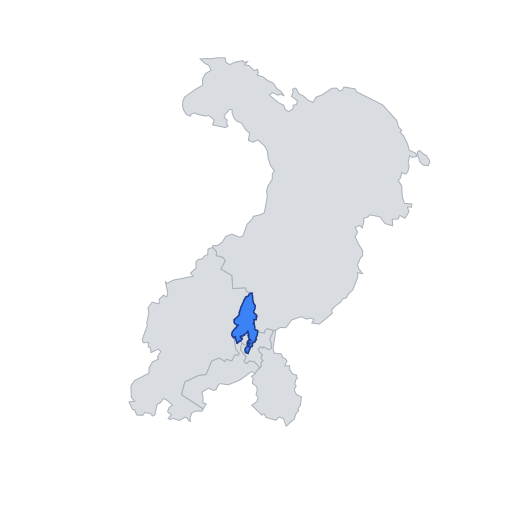 Kyrgyzstan highlighted among its neighbors, rotated 292°
{"feature_id": "KGZ", "entity_name": "Kyrgyzstan", "entity_type": "country or territory", "adm_level": 0, "iso_a3": "KGZ", "parent_name": "Asia", "parent_adm1": "", "projection": "orthographic", "projection_center": [73.132, 41.224], "detail": "fine", "context": "with_neighbors", "style": "filled", "palette": "blue", "viewbox_px": 512, "rotation_deg": 292, "n_neighbors": 5, "source": "natural_earth", "source_scale": "50m", "svg_char_len": 10323}
<svg xmlns="http://www.w3.org/2000/svg" viewBox="0 0 512 512"><g transform="rotate(292 256 256)"><path d="M247.7,212.7L245.2,217.8L241.5,219.0L242.4,225.9L240.3,229.4L230.8,228.4L228.9,241.1L217.1,246.6L222.7,258.3L219.4,260.4L220.1,264.3L216.9,263.6L214.1,261.3L198.0,261.2L196.2,262.0L188.9,259.2L186.0,260.7L185.2,264.8L176.8,262.3L173.4,263.3L172.1,266.3L162.0,272.1L159.5,277.0L157.5,276.9L156.3,273.5L149.6,272.9L149.0,267.1L146.5,266.8L147.5,259.9L141.9,254.3L127.3,254.2L123.5,247.3L112.5,237.2L99.5,239.0L94.5,264.3L91.9,264.1L89.5,258.0L86.6,255.3L80.7,255.5L78.0,257.2L78.2,255.5L80.0,252.9L79.7,250.3L74.8,246.6L74.3,240.0L72.2,237.6L72.6,235.3L77.0,237.2L78.5,232.3L82.7,232.2L86.4,234.2L88.9,227.8L89.2,223.4L84.6,222.6L81.3,220.0L70.8,221.8L68.9,220.0L70.4,216.7L69.1,211.5L65.9,210.7L63.9,205.0L68.1,200.8L67.3,199.1L73.1,192.9L76.0,198.0L78.1,193.4L88.8,188.6L95.2,190.1L107.2,200.6L112.4,198.7L119.1,199.7L123.9,204.2L125.6,202.4L131.6,203.5L133.2,200.4L127.1,194.8L131.7,192.1L131.2,190.1L135.5,188.9L133.3,183.9L135.6,181.8L151.0,181.2L153.2,179.7L163.4,177.9L167.2,175.3L174.3,177.0L175.4,184.1L179.7,182.5L184.9,184.8L184.6,188.6L188.6,188.1L198.6,181.4L197.2,183.6L202.8,188.6L213.8,205.4L215.7,201.6L222.2,205.0L228.2,202.5L230.8,203.5L233.4,207.2L236.7,208.1L239.1,210.7L244.6,208.9L247.7,212.7Z" fill="#d9dde1" stroke="#a8b0b8" stroke-width="1"/><path d="M94.5,264.3L99.5,239.0L112.5,237.2L123.5,247.3L127.3,254.2L141.9,254.3L147.5,259.9L146.5,266.8L149.0,267.1L149.6,272.9L156.3,273.5L157.5,276.9L159.5,277.0L162.0,272.1L172.1,266.3L173.6,267.0L169.2,271.4L173.0,274.2L176.7,272.5L182.9,276.2L176.1,281.2L169.8,280.6L169.1,278.6L170.3,275.4L163.2,276.8L158.6,284.9L154.1,284.3L152.5,287.3L156.4,289.2L157.3,294.5L153.8,301.3L146.7,299.3L147.1,295.1L134.8,287.5L126.1,278.4L124.4,270.9L122.8,269.4L117.2,268.9L115.5,267.2L115.8,261.6L109.6,256.9L104.7,260.1L100.0,261.7L100.2,265.3L94.5,264.3Z" fill="#d9dde1" stroke="#a8b0b8" stroke-width="1"/><path d="M146.7,299.3L149.7,299.6L155.5,302.3L159.6,300.3L161.4,301.7L163.3,298.6L166.6,298.9L168.2,295.1L170.6,292.7L173.6,294.4L172.9,296.5L174.6,296.9L174.0,302.7L176.1,305.0L180.6,302.9L184.1,299.8L193.6,300.2L194.7,302.2L176.1,306.6L172.8,309.6L174.7,316.1L171.8,318.9L171.9,321.6L170.3,324.1L164.8,323.7L166.9,328.3L163.2,329.9L160.5,334.0L160.7,338.2L158.3,340.0L156.2,339.3L151.6,339.9L150.8,341.8L146.4,341.5L142.9,345.1L142.3,350.9L134.3,353.1L130.1,352.1L128.8,353.5L125.3,352.2L119.2,352.5L109.5,347.7L115.5,342.3L115.5,337.8L111.2,336.0L110.0,325.9L112.9,322.5L110.6,321.1L116.1,308.0L121.5,311.4L125.8,311.0L127.3,308.0L131.8,307.5L135.1,305.7L136.7,300.2L141.5,299.3L142.6,296.9L146.7,299.3Z" fill="#d9dde1" stroke="#a8b0b8" stroke-width="1"/><path d="M153.8,301.3L157.3,294.5L156.4,289.2L152.5,287.3L154.1,284.3L158.6,284.9L163.2,276.8L170.3,275.4L169.1,278.6L169.8,280.6L172.0,280.5L170.0,282.6L164.2,281.2L163.6,285.2L169.4,284.9L176.1,287.3L186.3,286.3L187.7,292.7L189.5,292.0L192.9,293.5L193.6,300.2L184.1,299.8L180.6,302.9L176.1,305.0L174.0,302.7L174.6,296.9L172.9,296.5L173.6,294.4L170.6,292.7L168.2,295.1L166.6,298.9L163.3,298.6L161.4,301.7L159.6,300.3L155.5,302.3L153.8,301.3Z" fill="#d9dde1" stroke="#a8b0b8" stroke-width="1"/><path d="M409.0,381.7L404.2,381.9L402.9,376.7L404.9,372.6L410.3,368.0L413.4,366.7L415.1,368.4L413.4,372.3L413.0,376.5L409.0,381.7ZM220.1,264.3L219.4,260.4L222.7,258.3L217.1,246.6L228.9,241.1L230.8,228.4L240.3,229.4L242.4,225.9L241.5,219.0L245.2,217.8L247.7,212.7L249.3,211.9L251.4,216.4L255.9,219.4L262.9,220.7L267.3,225.5L267.3,233.8L269.6,236.4L282.0,235.8L288.7,238.6L291.7,238.6L295.6,244.3L299.4,247.5L314.6,244.4L320.4,241.4L325.3,240.8L333.3,242.3L338.7,240.2L341.5,241.4L345.2,235.8L351.3,230.5L357.5,227.3L361.3,222.7L364.4,214.2L360.4,210.7L360.4,205.6L367.4,204.1L369.4,198.7L373.7,193.0L374.0,187.4L375.4,184.2L379.9,180.1L382.9,179.0L381.9,176.6L376.4,174.5L372.6,174.4L371.3,178.3L367.4,179.5L365.9,181.4L363.6,179.5L361.3,166.5L366.6,166.3L368.6,159.6L366.9,157.0L365.4,149.0L365.8,146.0L363.5,142.9L360.9,142.7L361.2,138.2L363.9,134.6L367.4,131.7L372.6,130.1L376.5,130.2L389.0,138.2L394.2,142.6L400.1,140.1L406.2,140.9L411.4,144.8L415.1,140.8L415.4,136.5L417.8,130.5L420.7,136.6L421.5,139.5L425.5,146.2L428.1,153.3L424.3,155.7L423.6,160.0L427.9,163.9L432.3,170.8L431.0,172.4L433.1,175.3L428.9,173.8L430.0,178.1L427.2,184.8L429.6,187.4L426.9,189.6L424.2,189.2L424.7,195.2L423.1,201.3L422.7,207.3L418.9,212.9L417.9,217.7L414.9,222.2L415.3,218.0L413.3,216.2L413.8,210.1L410.2,208.3L406.5,219.8L406.2,225.3L402.7,228.1L402.1,232.3L406.3,235.1L409.9,234.0L411.4,236.7L415.4,236.4L417.4,229.0L421.9,229.0L424.3,227.3L426.6,230.0L422.3,235.6L422.1,240.2L419.9,245.9L419.9,251.6L425.7,252.0L430.1,256.9L439.9,263.5L441.9,268.0L440.1,271.6L442.5,274.1L445.6,274.2L448.1,285.2L446.0,287.5L443.5,316.8L434.3,335.8L429.1,339.7L426.9,344.2L424.7,343.2L422.7,347.8L416.5,354.7L411.4,358.5L411.2,365.9L408.4,367.7L405.9,363.9L406.6,360.9L399.0,362.3L396.8,364.4L391.0,365.2L387.8,363.8L387.8,359.8L382.6,360.8L379.5,359.5L375.6,364.8L365.9,369.3L360.4,374.0L362.7,381.0L359.6,381.9L358.1,378.0L354.3,381.3L346.8,380.0L347.5,374.1L343.6,374.0L341.1,368.5L335.2,371.4L334.4,363.5L338.8,356.3L336.7,345.9L333.9,345.1L331.2,341.7L328.1,343.2L321.8,344.0L323.1,340.6L319.7,337.3L316.2,341.2L311.1,340.8L305.3,346.7L300.9,352.9L296.3,354.8L293.4,353.6L285.9,353.4L282.9,355.7L279.6,361.5L278.5,356.3L275.0,358.3L261.0,358.4L255.8,356.1L251.0,355.4L248.6,352.4L245.2,351.8L238.8,348.0L233.8,346.4L231.5,348.3L216.7,340.3L214.7,332.8L219.0,333.4L218.9,329.9L216.4,326.5L216.7,320.8L210.1,313.0L200.7,310.6L198.9,305.3L194.7,302.2L193.6,300.2L192.9,293.5L189.5,292.0L187.7,292.7L186.3,286.3L187.8,284.7L187.1,283.0L192.1,279.7L195.8,278.2L201.4,279.0L203.2,274.4L209.9,273.2L211.6,270.3L219.5,266.0L220.1,264.3Z" fill="#d9dde1" stroke="#a8b0b8" stroke-width="1"/><path d="M171.7,280.5L171.9,280.4L172.5,280.3L173.6,280.2L174.0,280.3L174.4,280.5L174.7,280.8L175.1,280.8L175.3,280.7L175.4,280.8L175.5,281.0L176.1,280.9L176.5,280.6L176.8,280.6L177.1,280.4L177.2,280.2L177.4,279.9L178.0,279.2L178.4,279.1L178.6,279.1L178.7,279.3L179.2,279.5L179.4,279.3L179.5,279.0L179.3,278.6L179.4,278.3L179.5,278.2L180.4,278.6L180.5,278.6L180.9,278.4L181.3,278.0L181.5,277.7L183.3,276.8L183.4,276.6L182.6,276.3L182.3,276.4L182.0,276.4L181.8,276.3L180.8,276.2L180.6,276.1L180.0,275.4L179.6,275.2L179.3,275.0L178.9,275.0L178.5,275.2L178.4,275.1L178.3,274.8L178.3,274.4L178.3,274.1L178.0,274.0L177.7,274.1L177.2,274.0L176.8,273.9L176.7,273.1L176.5,272.7L176.3,272.4L176.1,272.3L175.9,272.1L175.8,271.6L175.7,271.5L175.3,271.7L175.4,272.2L175.3,272.7L175.2,272.9L175.0,273.1L174.8,273.1L174.4,272.8L174.3,274.3L174.2,274.3L173.7,274.1L173.3,274.2L172.7,274.1L172.3,273.9L171.9,273.8L171.4,273.6L171.0,273.3L170.8,272.3L170.5,272.0L170.3,271.9L169.4,272.2L169.1,271.9L168.5,271.6L168.0,271.4L167.9,271.3L167.9,271.0L169.4,270.0L170.0,269.3L170.3,269.0L170.8,268.8L171.2,268.7L171.5,268.0L171.5,267.9L171.8,267.9L172.5,267.6L173.5,267.1L173.5,266.9L173.4,266.8L173.0,266.4L172.5,266.2L172.2,266.3L171.8,266.1L171.8,265.8L172.1,265.2L172.4,265.0L172.5,264.4L172.9,264.1L173.2,263.5L173.7,263.1L174.6,262.7L175.0,262.9L175.5,262.8L176.2,262.5L176.3,262.5L176.6,262.5L178.4,263.0L179.0,263.0L180.3,263.6L181.0,263.7L181.4,263.8L181.6,264.1L181.9,264.4L183.7,264.6L184.1,264.8L184.3,265.0L184.8,265.4L185.2,265.4L184.8,264.2L185.0,263.4L185.5,261.3L185.8,261.0L186.4,260.7L187.2,260.4L187.5,259.9L188.2,260.0L188.5,259.9L188.8,259.6L189.6,260.0L191.0,260.9L192.0,261.4L193.2,261.9L194.8,262.3L196.2,262.4L196.4,262.3L197.0,261.6L197.7,261.6L199.2,261.6L200.6,261.5L201.3,261.4L202.9,261.1L203.1,261.1L203.4,261.1L204.4,261.4L205.0,261.5L205.5,261.4L205.8,261.4L206.3,261.4L207.3,261.4L208.4,261.6L209.8,261.5L210.2,261.4L211.0,261.4L211.6,261.6L212.4,261.8L212.9,261.9L213.2,261.9L213.7,261.9L214.1,261.8L214.3,261.9L214.5,262.6L215.0,263.0L215.4,263.3L215.8,263.7L216.1,263.9L216.7,263.9L217.7,263.9L218.3,264.0L219.2,264.8L219.9,265.5L220.1,265.9L220.2,266.4L220.2,266.5L218.5,266.8L218.2,267.0L217.8,267.7L216.5,268.3L215.8,268.7L215.4,268.7L214.7,269.2L212.7,270.4L211.7,271.2L211.2,271.5L210.8,271.9L210.7,272.2L210.7,272.5L209.6,274.0L208.8,274.2L208.0,274.2L207.5,274.5L206.8,274.8L205.3,274.7L204.7,274.7L203.7,274.6L203.3,274.7L202.8,275.0L202.3,276.2L202.0,276.5L201.9,276.7L201.9,277.3L201.7,277.9L201.4,278.4L201.2,278.8L200.7,279.2L200.3,279.5L200.0,279.0L199.7,279.2L199.5,279.4L199.0,279.3L198.7,279.4L198.0,279.9L196.9,280.0L196.8,279.8L196.6,278.5L196.4,277.9L196.2,277.7L194.6,278.8L193.9,279.0L193.3,279.0L192.6,278.8L192.4,278.8L192.3,279.0L192.2,279.2L192.5,279.8L192.4,279.9L192.1,279.9L191.6,280.1L191.3,280.3L190.2,281.3L189.3,281.6L188.5,281.8L188.1,281.9L188.0,282.0L187.7,282.4L187.4,283.1L187.2,283.5L187.2,283.9L187.4,284.3L187.6,285.0L187.4,285.5L187.1,285.9L186.5,286.0L186.1,286.1L185.8,286.1L185.2,286.1L184.7,286.2L184.5,286.4L183.9,286.7L183.2,286.8L182.4,286.8L182.0,286.8L180.7,286.6L180.3,286.6L179.9,286.8L179.2,286.9L178.8,287.4L178.6,287.8L178.0,287.4L177.7,287.1L177.5,286.8L177.2,286.8L176.2,287.3L175.7,287.1L175.8,286.6L175.8,286.3L175.5,286.1L174.8,286.0L174.6,285.9L174.6,285.6L174.6,285.3L174.6,285.1L174.4,285.0L174.0,285.0L173.6,285.2L173.3,285.4L172.9,285.5L172.5,285.6L172.2,285.7L171.9,286.3L170.7,286.4L170.4,286.2L170.1,285.8L169.7,285.1L169.2,285.0L168.6,285.0L167.8,285.2L167.6,285.0L167.4,284.9L167.2,285.1L166.2,285.1L165.2,285.0L164.7,284.9L164.3,284.9L163.6,285.2L163.2,285.1L162.7,285.2L162.6,284.2L162.4,283.5L162.5,283.0L162.7,282.4L162.9,282.1L163.2,282.2L163.5,282.5L163.8,282.4L163.8,282.2L163.7,282.0L163.7,281.7L163.9,281.5L164.1,281.2L165.4,280.8L166.4,280.6L167.0,280.8L168.1,281.3L168.6,281.6L169.0,281.7L169.3,282.4L169.5,282.4L169.8,282.3L169.9,282.1L170.0,281.5L170.6,281.2L171.7,280.8L171.8,280.6L171.7,280.5ZM173.0,282.9L172.9,282.3L173.2,281.9L172.6,281.8L172.4,281.6L172.1,281.1L171.8,281.2L171.7,281.5L171.8,281.9L172.0,282.1L172.2,282.3L172.0,282.9L172.3,283.0L172.7,283.0L173.0,282.9ZM170.3,283.3L170.3,283.2L170.1,283.1L169.6,283.0L169.2,282.9L169.2,283.0L169.3,283.3L169.5,283.6L169.8,283.6L170.3,283.3ZM176.1,282.6L176.2,282.3L175.9,282.4L175.6,282.5L175.7,282.8L176.0,282.9L176.1,282.6Z" fill="#3b82f6" stroke="#1e3a8a" stroke-width="1.5"/></g></svg>